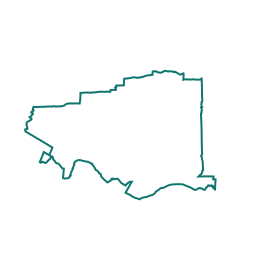 Costesti, Vaslui, Romania (Natural Earth projection), rotated 104°
{"feature_id": "2599482B89888252920776", "entity_name": "Costesti", "entity_type": "district", "adm_level": 2, "iso_a3": "ROU", "parent_name": "Romania", "parent_adm1": "Vaslui", "projection": "natural_earth1", "projection_center": [27.779, 46.468], "detail": "fine", "context": "isolated", "style": "outline", "palette": "teal", "viewbox_px": 256, "rotation_deg": 104, "n_neighbors": 0, "source": "geoboundaries", "source_scale": "gbopen_adm2", "svg_char_len": 5725}
<svg xmlns="http://www.w3.org/2000/svg" viewBox="0 0 256 256"><g transform="rotate(104 128 128)"><path d="M182.4,205.4L182.7,204.5L182.7,204.1L182.4,203.7L181.5,203.0L181.5,202.7L181.6,202.3L181.7,201.4L182.0,200.4L181.9,199.9L181.6,199.2L181.4,198.9L178.4,197.3L177.2,196.3L176.7,196.0L176.3,195.9L175.5,195.7L174.5,196.2L174.1,196.2L173.9,195.9L173.8,195.3L173.9,194.8L174.3,194.4L174.7,193.8L174.9,193.6L176.4,193.1L176.9,192.6L177.5,191.4L178.0,190.8L178.5,190.5L179.0,189.8L179.4,189.0L179.5,188.6L179.3,187.8L179.3,187.5L179.6,186.8L180.0,185.8L182.6,182.6L182.9,182.2L183.1,181.6L182.9,180.5L183.6,180.3L192.3,178.9L192.4,176.9L191.9,176.0L191.0,173.5L189.7,173.0L188.8,172.8L188.5,172.3L188.4,172.2L187.8,172.1L187.5,172.6L184.9,172.5L183.3,172.1L180.7,171.6L180.5,172.0L176.5,171.2L175.8,171.8L175.3,171.6L174.3,171.5L173.8,171.4L173.5,171.2L172.5,170.2L171.6,169.2L171.3,168.7L170.8,167.0L170.7,166.4L170.8,164.5L170.7,160.5L170.5,159.3L170.5,158.6L170.7,157.5L171.1,155.6L171.2,155.8L171.5,154.9L172.0,154.0L172.3,153.5L173.0,152.6L174.7,150.7L175.2,150.4L175.5,150.1L176.0,149.7L176.4,149.2L176.5,148.9L176.7,147.9L177.5,146.8L177.7,146.2L178.3,145.5L178.6,145.4L179.0,145.0L179.1,144.1L179.1,143.6L179.3,143.3L180.8,142.7L181.8,141.8L182.4,141.1L183.9,138.5L185.8,134.9L185.7,134.7L185.5,134.4L185.3,134.1L184.5,133.7L183.9,132.6L183.5,132.2L182.0,131.9L181.4,131.7L181.0,131.4L180.7,130.6L181.5,130.3L179.7,125.7L179.8,125.5L181.0,123.8L182.3,122.2L183.0,121.1L183.9,118.2L184.4,116.4L182.1,115.4L180.1,113.6L179.8,113.1L179.3,111.7L179.2,111.3L190.5,114.5L191.4,114.7L192.2,111.3L192.2,110.6L192.2,110.2L192.6,109.4L193.3,107.7L193.5,106.9L193.8,105.6L193.9,104.9L194.2,101.2L194.2,100.6L194.3,100.1L194.4,99.6L194.2,99.3L193.1,98.4L192.7,97.9L192.2,97.0L191.6,96.1L191.2,95.3L190.7,93.9L190.4,93.2L188.7,91.1L188.3,90.4L187.9,89.5L186.7,87.7L186.1,87.1L184.8,86.2L182.9,85.5L180.8,83.4L179.2,82.3L178.5,81.7L178.2,81.2L177.6,79.6L177.2,78.7L175.9,77.4L174.0,75.0L173.1,73.8L172.0,71.2L170.7,67.0L169.9,63.9L169.5,61.4L169.5,60.4L169.9,58.6L170.0,57.3L170.5,53.5L170.8,52.2L171.1,51.0L171.5,50.1L171.8,48.6L171.8,47.7L171.5,47.1L170.6,46.1L170.0,45.3L169.6,44.9L169.3,44.7L169.2,44.4L168.8,43.7L168.8,43.3L168.9,42.7L169.0,40.9L169.2,40.5L169.6,39.8L169.6,39.5L169.5,39.0L169.2,38.5L168.9,38.2L168.6,38.1L167.6,38.0L167.1,37.8L166.6,37.5L165.9,36.8L164.2,36.3L164.1,35.7L164.1,35.4L164.5,34.8L164.1,34.1L163.4,33.0L163.4,32.8L164.3,32.3L164.2,32.0L163.9,31.6L164.0,31.4L164.2,30.8L164.5,30.7L165.1,31.0L165.3,30.9L165.5,30.8L165.3,30.1L165.9,29.4L167.0,28.9L167.2,28.6L167.5,28.6L156.7,30.6L157.1,32.3L157.1,33.0L156.6,32.9L156.2,33.0L154.4,33.2L154.5,34.0L155.7,39.2L158.0,47.8L154.1,45.4L151.3,45.5L151.0,45.0L150.8,44.9L148.2,45.7L147.0,46.0L146.2,46.3L145.6,46.5L142.9,47.3L139.2,49.2L138.2,49.5L137.9,49.9L137.6,50.2L136.9,50.3L136.5,50.1L136.3,50.0L136.1,49.8L135.7,49.8L134.8,49.9L131.1,51.1L110.7,56.5L96.3,60.7L95.9,60.3L93.8,60.8L93.3,60.5L92.1,61.0L90.9,61.5L90.2,61.7L90.2,62.0L89.9,61.9L89.6,61.4L89.3,62.0L85.1,62.9L84.6,62.4L83.6,62.6L82.5,62.7L81.4,63.2L69.6,66.4L62.3,68.5L63.1,69.3L63.7,70.0L63.8,70.3L63.9,70.9L64.1,71.4L64.3,72.2L64.7,74.2L64.8,75.5L64.8,76.2L65.1,76.7L65.2,77.1L65.6,78.2L65.9,79.3L66.1,80.6L66.6,82.4L66.9,83.9L67.2,85.2L67.5,85.9L67.6,86.0L65.9,86.3L65.3,86.5L64.4,86.6L62.1,87.1L61.8,87.2L61.6,87.4L61.9,87.9L63.3,89.7L63.5,90.2L63.6,90.5L63.5,91.2L63.1,92.1L62.5,94.1L62.5,94.5L62.3,95.0L62.0,95.6L62.1,96.1L62.3,96.4L62.6,96.7L62.7,97.0L62.7,97.4L62.4,97.9L62.3,98.3L62.5,98.9L62.4,99.3L62.8,100.5L62.8,100.9L63.0,101.1L63.0,101.8L63.3,102.3L63.4,103.2L63.5,103.8L63.5,105.0L63.7,106.1L63.7,106.4L64.3,107.1L64.9,107.3L65.0,107.5L65.4,108.2L66.1,108.9L66.4,109.5L66.8,112.2L66.6,113.1L66.4,113.8L66.2,114.0L66.4,114.7L66.5,116.0L67.1,117.3L67.2,117.7L68.1,117.6L70.5,117.1L70.8,117.9L71.1,118.8L71.9,120.7L72.2,121.5L72.5,122.4L73.5,124.1L73.9,124.6L74.6,125.7L74.9,126.2L75.2,126.8L75.6,127.9L75.9,128.1L76.6,129.9L76.7,130.8L77.1,131.1L77.2,131.7L77.3,133.2L77.2,133.6L77.3,134.2L77.4,134.8L77.9,135.5L78.0,136.0L78.2,136.6L79.5,139.1L80.7,142.4L80.9,143.5L81.1,143.6L87.7,142.4L88.0,143.6L88.9,146.9L89.3,148.4L89.4,149.4L89.5,149.6L89.8,149.6L91.3,149.3L91.4,149.5L91.0,149.8L91.1,150.0L91.5,149.9L91.9,149.9L91.8,150.1L92.0,150.2L92.4,149.7L92.6,149.6L92.6,149.4L93.9,149.0L94.1,149.1L94.2,149.6L94.5,151.2L94.9,152.6L95.4,154.2L97.1,153.9L97.5,155.0L97.7,157.0L98.0,157.7L98.8,160.1L98.9,161.6L99.2,162.5L99.3,162.7L99.5,163.7L99.7,164.0L100.0,165.3L100.4,166.2L100.7,166.9L101.1,167.7L101.7,169.5L101.8,170.2L102.5,171.9L102.7,172.3L103.0,174.0L103.2,175.2L103.8,177.3L104.3,179.3L105.4,181.9L105.5,182.6L107.3,182.1L113.0,181.1L115.9,180.8L116.2,181.7L116.2,182.2L117.0,185.7L117.2,186.4L117.7,187.9L118.0,189.7L119.1,192.8L119.6,193.5L119.8,193.9L120.6,194.5L121.4,195.0L121.6,195.2L122.6,197.0L122.9,197.5L123.3,199.0L123.8,200.2L124.2,202.0L124.7,203.3L124.8,204.1L124.7,204.6L124.7,204.9L125.0,205.9L125.4,206.6L125.7,207.3L125.8,207.9L126.0,209.1L126.2,209.5L126.8,212.0L127.7,214.2L127.8,215.1L129.5,221.0L130.2,223.7L130.2,224.5L130.5,224.8L133.0,224.9L133.4,224.7L133.5,224.1L134.0,223.9L134.4,224.2L135.1,225.1L136.0,225.7L136.3,225.7L136.6,225.0L136.8,223.8L137.0,223.7L137.4,223.7L138.8,224.3L139.9,225.1L141.0,225.5L141.3,226.0L141.5,225.6L141.9,224.8L142.0,224.3L142.2,223.9L142.7,223.8L143.2,223.8L143.4,223.9L146.5,227.2L147.1,227.5L147.9,227.5L148.7,227.5L149.5,227.2L150.1,226.9L151.3,226.1L151.7,226.1L152.0,226.0L152.6,225.5L153.0,225.4L153.4,225.7L154.2,227.4L154.3,227.4L154.6,227.4L156.1,226.7L165.2,196.7L167.1,196.8L168.5,197.1L173.4,197.8L171.8,203.9L177.2,204.5L182.4,205.4Z" fill="none" stroke="#0f766e" stroke-width="2"/></g></svg>